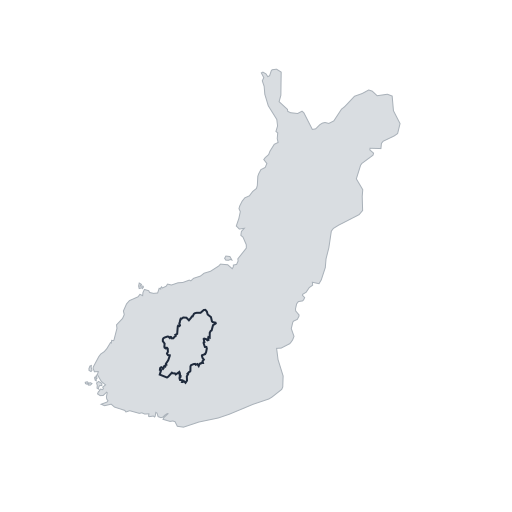 Central Finland on a map of Finland (Mercator projection), rotated 32°
{"feature_id": "FIN-3177", "entity_name": "Central Finland", "entity_type": "Province", "adm_level": 1, "iso_a3": "FIN", "parent_name": "Finland", "parent_adm1": "", "projection": "mercator", "projection_center": [25.479, 62.526], "detail": "medium", "context": "in_parent", "style": "outline", "palette": "slate", "viewbox_px": 512, "rotation_deg": 32, "n_neighbors": 0, "source": "natural_earth", "source_scale": "10m", "svg_char_len": 5609}
<svg xmlns="http://www.w3.org/2000/svg" viewBox="0 0 512 512"><g transform="rotate(32 256 256)"><path d="M223.4,241.0L221.6,233.3L219.2,226.7L216.5,224.9L215.7,222.3L215.2,216.9L215.7,212.6L218.5,208.5L219.0,203.0L220.6,198.5L219.8,195.6L215.3,187.4L214.7,184.7L214.4,180.1L216.9,176.0L216.2,171.8L211.5,170.1L211.7,167.6L213.0,163.3L212.3,159.7L212.3,151.6L214.6,148.0L211.8,145.2L209.2,140.1L206.9,139.8L205.4,134.3L201.3,129.2L186.8,122.1L177.8,114.2L173.0,107.8L168.5,104.1L168.1,100.6L163.5,97.9L164.4,96.4L168.0,96.3L171.0,97.7L172.0,95.9L170.8,90.8L171.0,89.5L174.4,86.7L179.9,86.7L191.9,106.5L193.8,112.9L205.0,115.0L206.2,116.5L209.3,116.2L215.8,113.1L218.3,108.8L220.7,109.2L236.7,118.8L239.2,116.6L240.6,110.7L241.9,108.1L243.8,106.2L247.5,105.0L250.4,100.2L250.7,86.2L252.1,82.2L254.9,68.3L259.9,62.0L263.6,55.5L267.2,54.6L273.8,55.9L281.7,49.2L286.7,48.2L295.6,60.0L308.0,67.4L311.2,77.1L309.6,80.9L303.0,91.3L302.7,94.0L305.0,98.7L295.6,104.2L296.3,105.7L301.2,106.5L301.8,108.5L296.7,121.4L296.6,123.6L300.2,137.4L311.4,143.2L314.5,149.2L322.3,160.9L321.5,166.3L309.7,186.1L307.0,191.6L306.7,195.0L313.4,210.4L316.9,221.3L320.9,229.1L324.0,241.7L324.1,246.1L317.7,248.4L319.5,250.7L317.9,254.6L317.7,260.2L315.9,263.7L316.2,264.7L319.3,265.5L319.6,267.9L319.3,269.4L316.1,272.2L315.8,275.0L317.5,279.9L318.8,281.6L323.8,283.2L324.4,284.5L324.6,287.9L322.3,291.4L322.3,292.7L324.4,298.9L330.8,304.0L331.5,307.7L331.4,310.2L331.1,312.4L326.1,320.8L322.4,323.4L329.6,332.2L342.6,343.4L348.1,352.9L348.5,355.5L344.3,367.2L342.7,370.4L332.1,383.3L317.3,404.2L309.8,413.4L295.5,427.1L285.2,439.6L279.5,442.1L275.1,439.4L272.9,440.0L270.8,441.8L263.7,443.8L263.5,441.8L265.0,436.4L264.3,436.5L263.1,439.1L262.4,442.0L261.1,443.5L258.1,444.1L255.3,441.7L253.9,441.7L255.4,445.3L255.3,446.3L253.8,446.1L250.6,448.8L249.8,448.8L248.8,446.6L245.4,449.0L242.3,449.5L240.4,451.3L230.9,454.1L228.3,457.2L226.6,456.5L216.0,459.1L211.7,458.4L206.9,463.2L203.2,463.8L207.0,458.9L207.2,457.2L205.1,456.3L203.7,454.6L202.3,450.8L201.5,450.6L200.3,455.3L197.8,457.0L194.7,456.9L194.3,454.9L194.8,452.9L194.3,452.6L194.8,451.1L196.4,450.9L196.8,450.2L196.8,449.2L195.5,448.4L196.7,445.0L191.2,444.3L184.4,440.7L183.5,437.6L180.3,439.8L177.3,437.5L176.8,436.1L176.0,424.6L176.3,421.4L178.0,417.5L178.6,413.6L178.5,406.4L179.4,406.4L178.3,404.0L179.9,403.4L180.1,402.6L176.4,391.0L174.2,388.3L175.9,379.8L175.7,377.9L175.3,375.5L172.7,372.9L171.6,365.2L172.3,360.9L177.6,353.1L177.9,350.0L180.9,349.7L179.5,346.9L179.1,343.5L183.4,342.3L185.1,343.3L188.9,342.0L192.2,339.5L191.0,334.7L192.7,334.5L192.1,333.4L192.2,332.2L193.6,332.7L195.8,329.3L195.9,326.7L199.7,325.4L204.0,320.1L208.0,317.2L212.2,311.8L213.9,311.6L214.9,308.0L219.5,302.5L221.1,298.1L225.5,293.1L229.7,284.2L230.2,281.7L236.7,278.4L242.6,279.4L242.5,277.1L241.6,275.7L244.0,273.4L243.5,269.8L242.1,268.0L243.6,254.4L241.8,251.6L235.0,246.9L232.2,246.5L230.6,242.9L231.4,238.7L227.6,242.0L223.4,241.0ZM189.0,445.8L192.8,445.8L193.9,447.6L192.1,448.7L192.0,450.2L192.9,452.3L191.2,452.3L190.0,449.9L188.1,448.2L189.0,445.8ZM235.1,274.1L232.6,275.5L230.6,274.6L230.5,272.0L234.1,270.3L237.7,272.2L235.9,272.7L235.1,274.1ZM173.9,340.8L173.7,342.8L176.1,341.4L177.0,342.0L176.9,343.8L176.1,343.4L174.2,345.5L172.4,343.7L171.3,340.8L173.9,340.8ZM177.5,439.8L177.3,441.4L175.0,441.5L174.0,440.0L173.5,437.3L174.4,436.1L175.0,437.6L177.5,439.8ZM186.7,446.5L185.5,446.6L183.7,444.9L183.5,444.2L184.2,443.9L183.9,441.9L185.2,443.0L186.0,444.2L185.3,444.5L186.7,446.5ZM184.0,453.2L182.3,454.3L181.7,454.1L181.8,452.1L182.8,451.2L184.5,451.1L184.0,453.2ZM180.5,454.3L179.0,454.6L178.1,453.6L179.5,452.1L180.6,452.2L180.9,453.2L180.5,454.3Z" fill="#d9dde1" stroke="#a8b0b8" stroke-width="1"/><path d="M257.0,334.0L257.6,334.5L257.4,335.0L256.2,337.4L257.8,342.6L257.3,343.6L257.4,345.5L260.0,349.8L258.6,350.0L258.9,350.9L260.2,352.4L259.6,353.2L257.8,352.9L255.8,353.5L255.6,354.1L257.9,356.4L257.4,357.0L257.6,357.5L260.8,360.2L262.1,359.4L263.3,360.5L264.6,363.9L264.8,365.1L264.5,366.0L264.8,366.3L262.8,368.8L263.0,369.3L264.7,370.8L266.7,371.5L266.4,373.6L267.7,374.8L266.3,375.6L266.0,376.3L266.1,376.6L265.3,377.2L265.7,379.7L263.5,378.7L262.5,380.2L261.5,379.8L260.3,380.8L258.8,383.0L258.9,384.3L261.3,388.3L261.2,389.2L260.6,390.1L260.3,392.1L261.0,392.1L261.1,394.7L263.5,398.2L263.4,400.9L261.4,400.3L261.0,400.4L260.7,401.7L260.1,402.0L260.0,400.9L259.6,400.4L257.2,401.4L255.7,400.0L256.1,398.5L255.6,397.7L254.8,398.0L254.3,396.6L253.4,395.7L253.0,396.5L252.6,396.6L252.6,395.6L252.3,395.2L250.7,399.0L249.4,398.5L247.6,399.6L246.5,399.5L245.5,404.9L244.9,406.2L237.2,407.6L236.4,404.5L236.0,404.1L236.2,403.7L236.1,403.0L234.8,403.4L234.1,401.8L234.3,401.0L234.8,400.4L237.0,400.9L237.1,399.9L236.4,398.4L236.8,397.5L237.6,397.6L237.1,395.8L237.4,395.6L236.7,395.1L236.8,390.9L235.8,386.5L235.5,385.9L233.9,386.7L232.4,386.1L232.1,385.8L232.1,384.0L230.3,381.4L229.2,381.0L228.1,381.6L228.3,382.2L227.1,382.2L226.4,381.6L224.9,378.7L222.1,377.6L221.1,375.9L221.1,374.7L221.6,373.7L223.6,371.2L224.5,370.8L226.3,371.2L226.3,370.0L227.1,369.7L228.1,370.5L229.5,369.6L229.7,367.5L230.3,366.7L230.2,365.7L230.6,365.6L229.5,365.4L230.4,363.8L226.9,357.0L226.9,356.3L228.2,356.1L228.3,355.1L226.6,353.7L226.5,352.5L225.9,351.4L225.8,349.9L225.5,349.9L225.3,348.9L226.3,348.3L226.9,346.7L229.7,345.2L233.2,346.1L233.7,342.5L233.6,341.3L234.3,340.8L234.0,338.0L234.5,336.9L235.9,335.5L239.1,333.5L240.3,329.5L241.6,328.5L243.8,329.2L246.0,331.2L250.2,331.7L253.2,334.7L254.2,335.0L257.0,334.0Z" fill="none" stroke="#1e293b" stroke-width="2"/></g></svg>